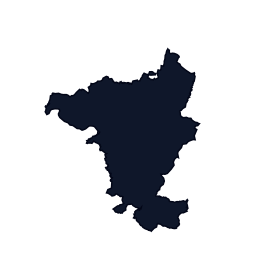 the district of Lismore Lea-3, Waterford, Ireland, rotated 111°
{"feature_id": "5873133B19257398273373", "entity_name": "Lismore Lea-3", "entity_type": "district", "adm_level": 2, "iso_a3": "IRL", "parent_name": "Ireland", "parent_adm1": "Waterford", "projection": "orthographic", "projection_center": [-7.865, 52.126], "detail": "fine", "context": "isolated", "style": "filled", "palette": "ink", "viewbox_px": 256, "rotation_deg": 111, "n_neighbors": 0, "source": "geoboundaries", "source_scale": "gbopen_adm2", "svg_char_len": 5796}
<svg xmlns="http://www.w3.org/2000/svg" viewBox="0 0 256 256"><g transform="rotate(111 128 128)"><path d="M144.5,208.6L142.8,207.0L139.6,206.8L138.1,206.1L136.2,203.1L135.1,199.8L135.4,198.7L136.5,197.8L139.7,198.0L141.0,197.3L142.6,195.4L144.6,189.7L144.6,185.8L146.0,183.3L145.4,180.3L146.7,175.3L146.0,173.0L146.2,171.3L146.5,170.7L146.2,169.6L144.0,167.3L140.2,165.2L139.3,163.5L138.7,161.1L138.8,159.6L141.1,155.6L142.0,153.0L143.8,153.2L143.1,154.6L144.3,154.3L144.4,154.0L145.2,154.5L145.8,154.2L145.5,154.4L145.8,154.5L145.6,154.8L147.0,155.5L146.9,156.0L147.7,156.2L148.2,157.7L150.5,158.3L151.1,159.3L151.5,159.2L152.3,160.6L153.1,160.0L153.3,160.2L153.2,160.9L154.3,161.0L154.6,161.8L155.1,161.2L157.0,161.3L157.0,160.4L156.2,159.6L155.3,157.1L155.2,156.2L152.6,155.3L153.2,152.3L153.0,151.7L153.3,149.9L153.1,149.3L153.3,148.7L153.7,148.7L153.8,147.9L154.7,147.9L154.9,146.9L158.1,146.7L159.0,145.9L158.1,144.0L158.6,143.2L159.4,140.3L160.0,139.9L159.7,139.0L161.2,139.9L162.5,138.9L163.2,137.7L164.7,138.7L166.4,137.5L166.9,136.5L169.0,135.6L169.3,133.7L169.6,133.5L169.5,133.3L170.4,132.8L170.8,133.3L171.6,132.8L172.4,133.1L172.3,133.9L172.9,134.7L173.9,133.7L173.8,133.0L174.8,132.2L174.7,131.1L174.2,130.8L175.6,130.2L175.7,129.6L176.3,129.4L176.7,128.9L176.6,128.1L177.1,128.4L177.5,128.1L177.4,127.5L179.1,127.7L179.7,126.9L179.1,126.7L180.3,125.7L180.1,124.9L181.3,125.0L182.1,125.7L183.2,125.7L183.8,125.2L183.6,123.9L189.7,122.0L190.3,122.1L192.7,124.7L196.3,124.8L196.0,123.2L196.6,120.1L197.2,118.6L196.1,116.9L195.0,116.0L193.9,115.8L193.7,114.0L194.1,113.3L194.0,112.2L194.7,111.0L194.6,110.1L194.1,109.6L194.0,108.2L197.3,107.7L199.7,105.5L199.8,105.0L201.4,106.0L202.7,108.1L203.8,108.4L204.5,109.8L209.0,112.8L209.2,111.6L209.9,111.1L210.9,109.5L210.5,107.9L210.8,107.3L210.7,106.5L209.9,105.8L210.2,104.5L209.7,104.1L209.6,103.0L207.8,102.6L205.4,100.7L203.3,101.6L199.7,101.1L197.6,97.1L198.6,95.5L199.2,92.2L198.9,90.6L199.2,89.9L198.9,87.7L197.1,87.1L198.7,86.8L198.9,87.4L200.1,87.7L199.9,88.3L200.6,88.1L200.4,89.4L202.3,91.0L203.9,91.6L205.6,90.7L206.2,90.8L206.4,91.5L207.2,90.7L209.0,90.1L209.6,90.7L209.9,90.6L209.3,89.9L209.8,89.4L209.2,89.1L209.1,88.4L211.5,86.7L211.7,85.2L212.2,84.9L212.1,84.0L213.4,82.8L214.4,81.2L214.4,79.9L215.4,78.4L215.9,75.8L215.8,72.8L216.1,72.3L215.7,69.8L216.0,69.3L212.2,67.7L210.2,65.9L207.4,66.3L206.4,65.8L206.6,65.1L206.1,63.2L207.0,60.1L206.3,58.6L206.1,57.2L206.5,55.3L206.3,53.7L206.5,53.4L205.4,51.4L205.7,51.0L205.3,48.8L204.5,47.2L204.0,46.8L202.8,47.1L200.8,45.7L199.2,45.6L197.8,46.8L195.9,47.2L193.5,49.6L190.5,49.2L187.9,47.6L187.3,45.9L184.5,43.1L184.0,44.0L181.5,43.3L181.1,43.5L180.9,44.9L180.0,44.3L178.6,45.1L177.9,45.9L175.6,46.5L174.3,46.2L173.9,46.6L173.7,46.9L174.6,47.0L174.6,47.4L175.8,47.2L175.7,47.8L176.2,48.6L176.1,50.2L177.7,52.4L178.0,53.6L178.9,54.5L179.1,55.8L180.9,58.2L180.7,59.4L181.6,62.4L181.3,63.3L180.1,64.2L179.8,65.0L179.7,66.9L179.2,67.9L179.8,68.7L179.7,70.0L180.3,70.4L180.6,71.4L180.4,73.1L180.9,73.2L180.3,74.2L180.9,75.1L180.8,75.4L181.6,77.6L180.5,78.1L178.9,77.7L177.1,78.2L176.6,77.7L175.3,77.4L174.3,76.4L172.0,76.9L169.9,76.2L168.1,74.9L164.5,75.1L162.1,76.8L160.5,79.9L159.3,80.8L159.1,79.6L158.2,78.2L158.0,77.0L156.3,75.0L150.9,72.9L146.2,71.7L143.6,73.5L140.7,73.4L138.8,72.7L137.4,71.6L137.6,70.3L134.1,72.5L132.1,72.9L127.2,71.1L123.9,71.3L123.2,70.6L121.8,68.0L118.9,66.9L116.8,64.7L115.4,63.0L114.9,61.1L111.5,63.4L104.8,63.2L104.4,65.7L102.1,65.8L100.7,63.7L98.4,62.9L98.5,63.6L98.1,65.7L98.5,66.5L98.4,68.3L97.7,71.1L96.4,72.7L97.2,74.9L97.1,77.3L98.6,80.0L98.4,80.9L98.6,81.0L98.2,82.6L97.0,83.8L95.1,84.7L94.4,85.5L93.3,85.6L92.5,84.7L90.2,83.9L87.8,82.0L84.1,82.8L82.1,82.2L81.3,82.5L80.7,82.1L80.3,82.6L78.4,82.5L77.7,82.0L77.8,82.5L77.0,82.2L76.2,82.5L75.8,81.9L74.5,81.7L73.9,82.6L73.3,82.1L72.4,82.8L70.8,82.6L70.3,82.1L69.9,82.8L69.2,82.2L68.1,83.4L67.2,82.7L66.8,83.4L64.7,82.9L63.7,83.3L62.5,83.1L61.6,83.7L61.6,83.3L60.6,83.0L55.8,83.9L54.7,85.2L53.3,85.4L52.7,85.9L53.4,86.5L54.3,88.0L54.6,89.1L53.3,95.0L51.5,100.7L49.8,102.5L49.4,104.8L48.8,106.1L48.0,106.6L47.4,106.2L44.6,106.2L43.6,105.7L42.8,106.0L42.1,107.6L41.8,108.8L41.8,111.5L42.3,113.4L43.4,114.9L42.9,116.5L40.5,117.3L40.5,118.3L39.9,119.2L42.2,119.5L45.5,119.0L46.7,119.3L50.4,118.2L52.7,118.1L54.5,117.4L57.5,117.0L57.9,119.3L60.4,118.5L62.1,118.3L62.7,118.7L63.0,120.7L66.4,120.4L66.3,119.6L67.6,119.6L69.6,117.8L70.2,117.7L72.7,119.7L72.3,121.1L74.0,121.7L74.1,123.2L74.6,124.0L73.9,126.4L74.0,127.6L71.0,127.9L70.4,125.5L68.5,121.5L67.3,121.7L67.5,124.3L67.0,124.5L66.8,125.4L67.0,126.2L67.8,128.0L71.0,127.9L70.9,128.7L71.3,130.3L71.1,132.6L73.8,133.3L74.8,133.0L77.2,133.7L79.6,133.8L80.7,135.5L80.5,136.5L80.1,136.6L82.4,140.2L85.6,140.3L85.4,140.7L85.7,140.9L85.3,141.6L86.1,142.3L85.8,142.3L85.4,143.5L85.9,144.7L86.4,144.5L87.0,148.1L87.8,148.0L87.7,149.2L88.1,149.2L88.0,150.0L87.5,150.7L88.2,150.7L87.8,151.8L89.6,152.0L89.4,152.4L89.7,153.2L89.3,153.7L89.6,154.2L89.4,154.9L89.5,155.5L90.5,156.4L90.4,157.3L89.7,158.1L89.9,158.8L89.1,159.1L87.9,160.7L87.9,161.3L89.0,163.0L88.5,164.3L87.7,164.5L87.5,165.3L87.6,166.7L90.4,169.1L92.4,169.1L94.2,170.5L95.2,173.1L96.7,173.6L98.7,175.6L99.5,177.0L99.7,178.4L101.8,177.9L104.2,179.6L106.1,177.9L107.9,177.2L109.8,177.5L108.2,183.0L108.4,184.8L109.7,185.1L109.3,187.0L113.3,188.9L116.3,189.9L117.6,191.0L118.0,192.2L119.7,193.3L118.9,195.9L118.9,197.5L120.0,200.2L120.5,202.3L120.5,205.2L122.0,208.2L122.4,210.7L123.1,211.0L123.4,210.9L123.4,210.5L124.1,210.3L125.8,211.9L129.4,211.0L132.6,211.1L133.1,210.3L133.9,211.2L134.5,210.2L134.9,210.5L135.2,211.5L136.3,211.3L136.7,211.7L136.8,212.7L137.6,212.9L138.0,212.6L138.4,211.6L141.1,211.0L142.5,211.1L144.5,208.6Z" fill="#0f172a" stroke="#020617" stroke-width="1.5"/></g></svg>